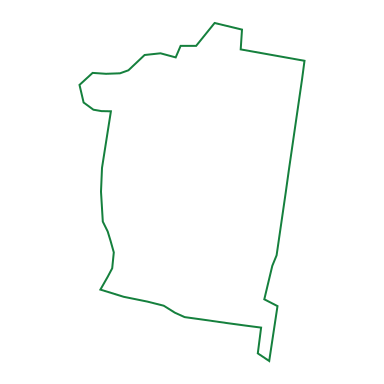 the district of Ivoti, Rio Grande do Sul, Brazil
{"feature_id": "56859067B24346229110666", "entity_name": "Ivoti", "entity_type": "district", "adm_level": 2, "iso_a3": "BRA", "parent_name": "Brazil", "parent_adm1": "Rio Grande do Sul", "projection": "natural_earth1", "projection_center": [-51.164, -29.585], "detail": "fine", "context": "isolated", "style": "outline", "palette": "green", "viewbox_px": 384, "rotation_deg": 0, "n_neighbors": 0, "source": "geoboundaries", "source_scale": "gbopen_adm2", "svg_char_len": 659}
<svg xmlns="http://www.w3.org/2000/svg" viewBox="0 0 384 384"><path d="M302.1,78.9L304.5,60.8L240.7,49.4L242.0,29.6L214.6,23.0L196.1,45.9L180.6,45.9L175.7,57.4L160.5,53.3L144.6,55.0L128.4,70.3L120.0,73.3L106.0,73.8L92.6,72.9L79.5,84.9L83.6,102.5L93.4,109.7L101.5,111.1L110.9,111.3L102.0,167.9L101.0,191.7L102.8,221.6L107.7,231.5L110.6,241.0L113.8,252.4L112.2,268.3L107.7,276.8L100.4,289.6L123.7,296.8L147.4,301.6L163.7,305.7L174.9,312.7L184.6,317.1L203.4,319.7L226.4,323.0L246.4,325.7L261.1,327.6L257.8,353.4L269.2,361.0L277.5,306.1L264.3,299.3L272.3,265.8L276.6,255.3L285.7,192.7L288.9,169.8L302.1,78.9Z" fill="none" stroke="#15803d" stroke-width="2"/></svg>